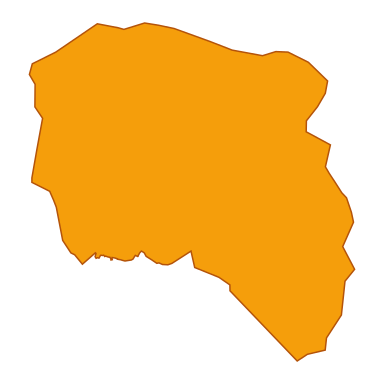 outline of Irewole, Osun, Nigeria
{"feature_id": "59680162B22633527707210", "entity_name": "Irewole", "entity_type": "district", "adm_level": 2, "iso_a3": "NGA", "parent_name": "Nigeria", "parent_adm1": "Osun", "projection": "orthographic", "projection_center": [4.216, 7.398], "detail": "fine", "context": "isolated", "style": "filled", "palette": "amber", "viewbox_px": 384, "rotation_deg": 0, "n_neighbors": 0, "source": "geoboundaries", "source_scale": "gbopen_adm2", "svg_char_len": 1290}
<svg xmlns="http://www.w3.org/2000/svg" viewBox="0 0 384 384"><path d="M297.2,361.0L307.4,354.3L325.2,350.1L326.5,337.9L341.4,315.0L343.3,297.2L345.0,281.2L354.6,269.3L342.7,246.6L353.5,222.2L351.4,212.3L346.5,197.8L341.8,192.8L335.1,182.3L329.1,173.2L325.4,166.8L330.4,144.9L306.2,131.8L306.4,120.8L317.5,106.7L325.3,93.3L327.6,81.0L308.4,62.3L288.0,52.1L275.8,51.6L262.5,55.7L232.1,50.1L210.5,41.7L174.1,28.5L158.3,25.2L144.6,23.0L123.9,29.4L118.3,27.8L97.3,23.8L55.8,52.1L32.3,63.8L29.4,74.5L35.1,84.3L34.9,106.9L42.6,118.3L36.7,150.5L35.1,159.7L31.9,177.9L31.9,182.4L49.7,191.3L53.6,200.2L56.3,207.2L62.7,240.4L70.9,252.9L74.7,254.8L82.4,264.2L95.4,252.8L96.0,253.4L95.1,256.7L96.1,258.3L97.4,257.7L99.0,258.1L100.5,255.4L101.0,255.2L102.2,255.5L103.7,255.2L104.7,256.5L105.6,256.1L108.1,257.0L110.0,257.3L110.9,259.2L111.0,260.0L112.3,259.7L112.0,258.3L112.1,257.5L114.9,258.0L117.4,258.8L117.4,259.2L121.3,259.9L121.9,260.2L125.0,261.0L131.4,260.0L133.1,259.0L134.0,257.4L135.3,255.4L137.8,256.5L138.0,256.4L138.1,255.8L139.8,252.7L141.4,251.1L142.5,251.7L144.3,252.9L146.1,256.3L151.8,259.9L156.8,263.3L159.0,262.9L162.5,264.5L167.9,264.8L171.9,263.4L191.0,251.1L194.7,267.5L218.9,277.3L229.9,284.9L230.0,290.8L297.2,361.0Z" fill="#f59e0b" stroke="#b45309" stroke-width="1.5"/></svg>